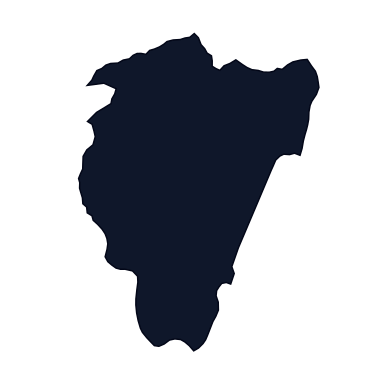 the district of Candeias, Bahia, Brazil, rotated 6°
{"feature_id": "56859067B39745147168905", "entity_name": "Candeias", "entity_type": "district", "adm_level": 2, "iso_a3": "BRA", "parent_name": "Brazil", "parent_adm1": "Bahia", "projection": "robinson", "projection_center": [-38.483, -12.69], "detail": "fine", "context": "isolated", "style": "filled", "palette": "ink", "viewbox_px": 384, "rotation_deg": 6, "n_neighbors": 0, "source": "geoboundaries", "source_scale": "gbopen_adm2", "svg_char_len": 1904}
<svg xmlns="http://www.w3.org/2000/svg" viewBox="0 0 384 384"><g transform="rotate(6 192 192)"><path d="M304.5,64.1L302.1,59.0L297.6,54.1L292.7,48.1L286.4,49.4L278.7,52.1L273.8,55.6L268.9,60.6L263.9,60.2L260.9,63.3L256.4,64.8L250.7,65.3L245.2,64.2L238.8,64.1L233.6,62.4L228.7,59.9L221.8,56.0L216.3,60.2L210.7,63.1L207.0,68.1L203.0,66.8L198.9,64.8L198.4,59.5L197.1,54.5L192.5,52.3L189.6,48.1L185.6,44.5L182.2,37.9L177.7,34.2L173.6,38.4L168.9,39.6L164.4,41.6L157.3,42.8L151.4,45.0L148.5,48.0L144.5,51.1L139.6,53.8L135.1,55.6L131.8,59.9L126.8,59.5L122.9,60.0L119.2,62.2L115.8,66.1L109.8,68.0L104.9,71.5L97.6,72.7L93.1,74.8L89.4,78.6L84.7,81.2L82.2,86.9L80.7,91.3L76.7,96.9L93.0,93.0L105.8,97.2L104.9,102.5L102.6,107.7L102.2,112.6L88.8,122.8L80.7,132.8L85.6,135.1L88.2,141.7L90.0,147.1L88.6,155.4L83.0,161.1L80.0,167.9L80.4,173.7L80.9,180.6L79.2,185.5L77.8,190.4L79.4,194.5L79.8,200.0L81.5,204.2L83.6,209.2L84.7,215.1L88.8,218.0L90.0,223.7L95.0,226.1L96.7,230.5L101.4,233.9L106.4,238.3L109.9,242.5L112.2,247.0L113.7,252.3L113.5,257.9L112.4,265.5L115.6,270.1L120.0,273.1L124.4,275.6L128.9,276.3L133.4,275.8L141.1,276.7L146.7,281.5L147.6,287.3L147.4,294.5L147.4,304.2L148.0,310.3L149.6,318.1L151.9,325.5L154.9,332.8L157.4,336.8L162.2,341.6L166.5,345.3L170.6,348.7L175.2,348.9L180.2,346.1L185.1,341.6L190.3,339.9L196.1,339.9L200.6,341.9L205.3,345.1L210.3,349.8L214.8,346.5L218.8,341.6L221.0,337.5L222.5,332.6L224.4,325.7L226.3,318.7L228.7,313.1L230.6,306.7L229.6,298.8L226.8,292.7L226.8,287.5L228.7,283.6L231.1,279.8L235.6,278.4L240.1,279.5L242.5,268.7L239.4,262.1L244.0,242.5L250.0,222.9L259.0,193.4L268.6,161.8L270.0,157.6L271.9,151.5L275.6,147.1L279.3,144.8L285.1,144.6L289.9,142.7L295.6,144.2L296.9,137.2L297.4,129.5L298.4,122.8L299.3,118.1L300.0,113.1L300.4,107.5L299.9,100.3L300.4,93.5L301.7,89.2L305.5,81.9L307.3,74.8L305.9,69.2L304.5,64.1Z" fill="#0f172a" stroke="#020617" stroke-width="1.5"/></g></svg>